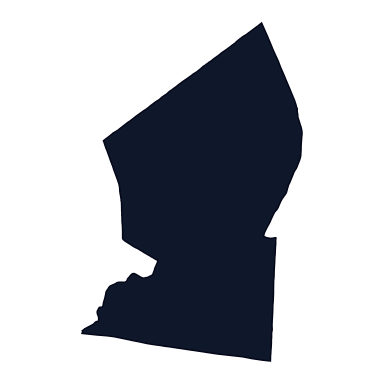 Saphan Sung, Bangkok Metropolis, Thailand
{"feature_id": "78962969B37896231251268", "entity_name": "Saphan Sung", "entity_type": "district", "adm_level": 2, "iso_a3": "THA", "parent_name": "Thailand", "parent_adm1": "Bangkok Metropolis", "projection": "equal_earth", "projection_center": [100.689, 13.765], "detail": "fine", "context": "isolated", "style": "filled", "palette": "ink", "viewbox_px": 384, "rotation_deg": 0, "n_neighbors": 0, "source": "geoboundaries", "source_scale": "gbopen_adm2", "svg_char_len": 5972}
<svg xmlns="http://www.w3.org/2000/svg" viewBox="0 0 384 384"><path d="M82.3,330.7L82.6,331.3L82.3,332.5L82.0,333.4L88.7,334.1L97.2,335.0L106.2,335.7L111.3,336.3L114.7,336.8L128.3,339.6L132.4,340.5L140.6,342.1L145.5,343.2L146.9,343.5L151.9,344.3L153.9,344.6L159.0,345.3L161.3,345.6L164.4,346.2L169.6,346.8L172.7,347.3L178.6,348.2L217.7,354.0L242.8,356.8L252.0,358.6L262.1,360.1L270.4,361.0L270.5,358.7L270.5,356.9L270.6,355.0L270.8,353.1L270.9,350.5L271.1,348.1L271.3,344.7L271.4,342.8L271.4,340.9L271.4,339.6L271.6,337.8L271.6,336.8L271.6,334.5L271.6,333.3L271.7,332.1L271.9,331.6L272.1,330.2L272.2,329.4L272.0,325.3L272.1,322.8L272.2,320.6L272.5,315.6L272.5,314.3L272.6,313.9L272.8,308.0L272.8,305.4L272.9,304.9L273.1,302.3L273.2,300.7L273.2,299.9L273.3,298.9L273.3,298.4L273.4,295.7L273.5,293.0L273.5,289.1L273.6,284.0L273.6,282.8L273.7,282.6L273.6,282.0L273.6,281.0L273.8,279.1L274.0,277.1L274.1,273.7L274.1,271.8L274.4,266.9L274.6,263.1L274.8,257.7L275.1,254.5L275.3,249.7L275.4,248.4L275.5,246.1L275.7,244.7L275.7,243.6L275.7,241.8L275.7,239.6L275.8,238.8L276.0,238.2L275.8,237.7L274.7,237.8L273.2,238.1L271.5,238.3L270.4,238.4L269.5,238.3L269.1,238.1L268.8,238.1L266.3,237.6L265.9,237.4L265.1,237.0L264.7,236.8L263.7,236.5L263.6,236.4L263.7,235.8L264.0,234.2L264.3,233.1L265.5,230.4L265.9,229.8L266.0,229.4L267.4,226.7L268.6,224.6L270.1,221.8L270.9,219.7L271.8,217.8L272.6,216.1L272.8,215.6L273.7,213.8L274.8,211.8L275.8,210.7L276.6,209.9L277.0,209.3L277.3,208.7L277.7,208.2L278.2,207.2L278.5,206.6L278.7,205.9L278.8,205.8L279.5,204.1L281.1,200.6L281.9,199.2L282.4,198.4L283.3,197.2L283.9,196.3L284.6,195.3L285.0,194.8L286.1,193.1L286.3,192.7L286.6,191.7L287.0,190.4L287.4,188.6L287.5,188.4L287.9,187.2L288.4,185.4L288.5,185.1L288.7,184.7L289.0,184.0L289.5,183.1L291.4,178.5L292.2,176.6L292.7,175.2L293.0,174.7L293.4,173.6L293.9,172.3L294.4,171.3L295.7,169.3L296.1,168.6L296.6,167.6L297.1,166.5L297.4,165.7L297.5,165.4L299.1,161.4L299.7,159.8L300.3,157.8L300.8,155.4L300.8,153.9L301.0,150.9L301.1,148.0L301.1,146.1L301.7,137.0L301.8,136.5L302.0,134.8L302.0,132.0L301.7,129.9L301.2,128.0L301.1,127.5L301.1,127.4L301.0,126.8L300.3,125.0L300.2,124.6L298.7,119.7L298.2,118.3L297.8,116.9L297.8,115.6L297.7,114.2L297.4,112.7L297.3,112.2L297.3,111.8L297.2,111.3L297.2,109.9L297.3,108.6L296.6,107.4L296.0,104.9L294.5,100.3L292.3,95.0L289.8,88.9L285.5,78.8L284.2,75.5L283.5,74.0L282.7,72.1L281.8,70.1L281.7,69.8L280.5,67.1L280.0,65.8L279.5,64.4L279.2,63.7L278.6,62.0L277.9,60.3L277.1,58.6L276.6,57.5L276.2,56.7L273.8,51.4L272.2,47.7L271.3,45.4L267.7,36.8L261.6,23.0L260.3,24.0L257.3,26.4L256.8,26.7L245.8,34.9L243.7,36.1L242.3,37.0L241.3,37.9L240.3,38.5L239.6,39.1L238.0,40.4L236.1,42.0L235.1,43.1L233.0,44.6L231.5,45.7L229.7,47.1L226.2,49.7L223.7,51.4L223.4,51.6L222.0,52.5L218.5,55.4L216.0,57.2L214.4,58.3L212.1,60.1L210.7,61.3L208.9,62.3L207.9,63.2L206.4,64.2L205.5,65.0L204.1,65.8L203.5,66.2L203.2,66.4L203.0,66.6L202.2,67.4L201.9,67.6L201.4,68.1L200.9,68.5L200.7,68.8L199.2,69.8L198.9,70.2L198.6,70.4L196.4,72.1L193.4,73.9L191.8,75.2L190.8,75.9L189.6,76.8L188.3,77.7L186.5,79.0L183.8,80.8L179.0,84.3L176.3,86.5L175.4,87.2L175.0,87.5L174.7,87.7L173.4,88.6L172.4,89.4L171.9,89.8L170.8,90.5L169.1,91.7L167.8,92.9L167.6,93.1L167.0,93.7L166.3,94.3L165.7,94.6L164.2,95.6L161.8,97.3L159.8,99.1L157.9,100.5L156.7,101.1L155.6,101.9L155.4,102.0L151.8,104.7L149.8,106.3L148.9,107.1L148.5,107.4L147.5,108.2L146.7,108.8L146.0,109.3L143.5,110.9L136.5,115.9L130.0,121.0L129.7,121.2L129.3,121.4L127.4,122.7L117.7,130.3L117.4,130.5L115.5,131.7L113.3,132.9L111.8,134.2L110.0,135.7L106.7,138.2L104.6,139.8L103.4,140.9L103.8,141.8L104.0,142.2L104.9,145.1L105.5,146.7L105.9,148.1L106.9,150.3L107.7,152.6L109.3,156.9L110.8,161.3L111.9,164.2L112.7,166.2L113.6,169.1L117.3,179.2L118.8,183.6L119.2,185.3L119.3,185.8L119.6,187.7L119.8,191.4L120.4,195.1L120.7,196.5L120.8,197.5L121.0,198.7L121.1,199.0L121.1,199.4L121.1,200.1L121.1,200.5L121.1,200.9L121.2,201.1L121.4,201.5L121.5,202.6L121.6,206.2L121.6,206.5L121.7,210.8L121.7,211.3L121.7,211.8L121.8,212.3L121.9,212.7L121.9,213.1L121.9,213.8L121.8,214.3L121.8,214.6L121.8,215.4L121.9,216.2L122.0,216.7L122.0,219.2L122.0,220.8L122.1,222.4L122.2,223.4L122.4,225.2L122.6,231.0L122.6,233.4L122.6,236.0L122.6,238.1L122.7,238.4L122.7,238.5L122.8,238.9L123.1,239.3L123.3,239.6L125.1,241.1L127.8,242.8L131.3,245.0L132.5,245.9L133.3,246.4L133.6,246.5L134.0,246.8L134.9,247.3L135.7,247.7L137.1,248.3L138.4,249.0L140.3,250.2L143.0,251.8L143.6,252.3L145.6,253.4L148.3,255.0L150.6,256.3L150.9,256.6L152.1,257.2L152.9,257.6L153.6,258.1L154.7,258.8L156.0,259.5L157.5,260.2L157.8,260.3L157.4,262.5L156.8,263.9L155.9,265.9L155.1,267.6L154.6,269.1L154.4,270.2L153.5,272.4L153.0,273.9L152.5,274.7L152.0,275.2L150.7,275.9L149.5,276.4L148.5,277.0L147.3,277.4L146.6,277.6L146.0,277.6L145.8,277.6L145.5,277.7L145.1,278.0L144.7,278.0L143.0,278.1L142.4,277.9L140.6,277.1L139.7,276.6L138.3,275.7L136.7,274.8L136.1,274.4L135.2,274.0L134.7,273.7L134.1,273.6L133.8,273.5L133.6,273.6L133.2,273.6L132.5,273.7L131.8,274.2L131.1,274.8L130.9,275.0L130.6,275.3L128.8,277.5L127.9,278.5L127.7,278.7L127.6,278.8L127.4,279.5L127.1,280.4L126.4,281.4L125.8,281.8L125.0,282.2L124.7,282.3L124.1,282.3L123.5,282.3L121.4,282.2L119.8,282.2L118.2,282.4L116.8,282.7L116.1,283.3L115.8,283.5L115.1,283.9L113.6,284.5L110.3,286.0L109.9,286.3L109.5,286.6L108.7,287.7L108.5,288.1L108.4,288.2L107.7,289.4L107.1,290.1L106.6,291.0L106.2,291.7L106.0,292.3L105.7,294.2L105.3,296.1L105.0,297.3L104.4,299.7L103.7,301.9L103.5,302.8L103.2,304.6L103.1,305.0L103.0,305.6L102.9,306.0L102.4,306.7L101.9,307.1L101.6,307.2L99.7,307.3L99.4,307.4L99.2,307.6L98.8,308.2L97.5,310.7L97.3,311.1L97.2,311.8L97.2,312.7L97.3,313.4L97.5,314.2L97.9,315.1L98.2,316.0L98.5,317.0L98.7,318.1L98.5,321.3L98.2,321.3L97.6,321.4L96.7,321.5L96.3,321.7L95.8,321.9L95.4,322.1L95.0,322.5L94.5,323.1L94.0,323.7L92.7,324.6L92.0,325.0L90.3,325.9L84.7,328.8L82.9,330.4L82.3,330.7Z" fill="#0f172a" stroke="#020617" stroke-width="1.5"/></svg>